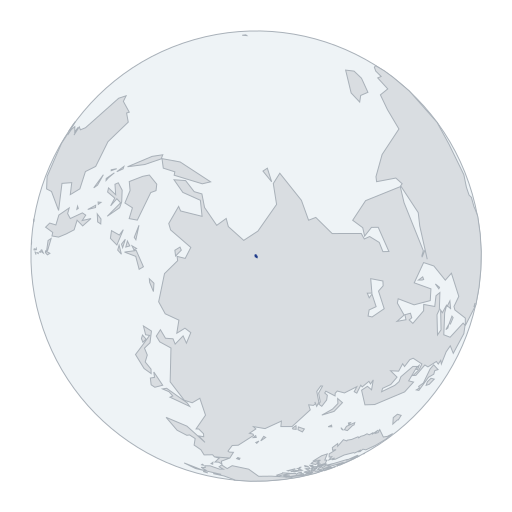 globe centered on Paro, rotated 164°
{"feature_id": "BTN-2436", "entity_name": "Paro", "entity_type": "District", "adm_level": 1, "iso_a3": "BTN", "parent_name": "Bhutan", "parent_adm1": "", "projection": "orthographic", "projection_center": [89.353, 27.467], "detail": "fine", "context": "on_globe", "style": "filled", "palette": "blue", "viewbox_px": 512, "rotation_deg": 164, "n_neighbors": 0, "source": "natural_earth", "source_scale": "10m", "svg_char_len": 11219}
<svg xmlns="http://www.w3.org/2000/svg" viewBox="0 0 512 512"><g transform="rotate(164 256 256)"><circle cx="256" cy="256" r="225" fill="#eef3f6" stroke="#a8b0b8"/><path d="M339.2,46.7L337.8,46.4L347.4,53.4L357.1,58.6L349.7,55.7L372.6,68.3L382.1,76.9L367.3,65.6L362.6,63.3L367.0,68.0L363.1,66.7L363.0,68.5L357.9,66.9L349.7,61.1L346.2,60.1L349.6,63.5L346.6,64.6L342.3,59.6L336.7,61.0L321.8,53.1L314.2,43.5L301.8,40.1L283.1,33.5L280.7,33.8L272.1,32.3L266.1,32.3L264.3,31.7L261.0,32.3L263.8,32.9L263.3,33.5L260.0,33.7L257.2,32.7L258.4,32.5L255.9,32.4L255.9,31.9L254.0,32.3L251.0,31.5L249.1,32.7L242.6,32.5L241.9,32.0L248.4,31.4L258.8,30.7L275.3,31.5L291.6,33.6L307.8,36.8L323.7,41.1L339.2,46.7ZM232.8,31.9L233.3,31.9L225.9,32.8L216.8,34.2L216.6,34.2L232.8,31.9ZM207.4,36.0L207.0,36.1L205.7,36.4L207.4,36.0ZM364.9,63.0L362.1,60.7L366.2,63.4L364.9,63.0ZM363.8,69.1L365.9,70.3L365.0,70.7L363.8,69.1ZM236.0,31.6L235.2,31.7L235.3,31.7L236.0,31.6ZM243.4,31.1L243.9,31.0L242.8,31.1L240.4,31.3L241.8,31.2L243.4,31.1ZM356.4,68.8L354.3,69.6L355.0,67.8L356.4,68.8ZM237.8,31.5L246.9,30.9L250.0,30.8L248.3,31.2L237.8,31.5ZM352.2,69.3L347.2,71.8L351.3,74.4L336.9,69.0L345.9,68.3L346.1,65.5L348.7,68.1L352.2,69.3ZM266.1,33.0L263.0,32.3L268.6,32.8L266.1,33.0ZM269.8,33.2L287.8,34.9L290.7,36.4L284.1,35.3L290.3,37.6L282.9,37.4L277.8,36.1L277.4,35.1L274.9,35.9L269.8,33.2ZM329.7,66.0L327.3,65.9L328.2,64.9L329.7,66.0ZM263.5,33.8L266.9,33.8L269.6,35.0L263.4,35.2L264.5,34.7L263.5,33.8ZM295.5,38.4L296.5,39.6L290.7,39.8L290.3,40.3L282.9,37.6L295.5,38.4ZM262.2,34.6L260.1,35.4L255.8,35.1L260.4,33.9L262.2,34.6ZM273.0,35.3L274.0,36.0L271.4,35.6L273.0,35.3ZM239.5,35.3L243.4,34.9L245.2,35.4L239.5,35.3ZM259.7,35.7L261.2,35.9L262.3,36.1L260.1,36.7L259.7,35.7ZM279.4,38.0L276.8,38.0L282.1,39.1L278.1,39.6L273.9,37.8L273.9,38.8L272.7,38.9L270.7,37.3L279.4,38.0ZM261.3,38.2L254.6,36.6L246.8,37.0L245.0,36.4L257.8,35.9L261.3,38.2ZM267.0,37.8L263.1,37.8L262.8,36.9L265.3,36.3L267.0,37.8ZM276.8,40.7L284.1,40.4L284.8,40.9L276.8,40.7ZM259.1,38.4L260.8,38.8L258.6,38.5L259.1,38.4ZM271.4,40.1L273.9,39.8L274.6,40.3L271.4,40.1ZM262.0,40.0L259.9,39.4L261.5,38.9L262.0,40.0ZM266.4,40.2L266.7,40.9L263.4,39.1L267.4,40.0L266.4,40.2ZM271.7,40.6L272.9,40.8L270.5,40.6L271.7,40.6ZM257.1,42.7L252.5,40.4L256.1,39.1L260.1,41.4L257.1,42.7ZM58.1,148.4L74.0,131.4L71.9,138.6L79.7,149.3L79.6,152.9L72.2,161.3L72.9,185.6L80.7,180.6L87.8,197.4L96.7,203.5L111.3,186.6L96.9,176.2L100.8,165.1L117.5,165.5L131.1,175.7L133.1,171.8L129.9,158.4L138.5,154.3L129.4,153.4L129.0,158.5L123.3,158.4L123.3,153.7L126.4,152.3L123.8,148.0L110.0,157.1L108.1,163.2L98.1,158.2L93.9,168.2L89.3,170.2L94.5,154.0L98.2,149.7L103.3,130.1L98.5,134.0L93.4,153.1L92.5,150.1L86.0,156.6L90.3,149.4L97.2,128.5L91.8,124.4L75.4,134.4L74.2,131.7L77.6,124.1L93.2,108.1L94.0,116.1L99.6,111.5L107.6,101.1L107.2,104.8L110.6,101.9L111.7,104.9L121.3,102.0L123.7,104.7L135.2,97.2L138.0,97.8L130.4,101.9L126.3,106.5L133.1,114.4L136.7,114.0L143.7,108.8L144.7,112.0L150.6,106.0L158.3,108.6L153.8,100.7L161.9,95.3L170.8,93.9L172.7,90.9L158.2,93.4L153.1,95.8L150.0,100.0L135.6,106.6L131.5,105.4L143.7,93.9L139.3,91.4L150.6,84.4L182.9,80.5L192.3,82.9L191.5,97.9L184.8,100.0L181.8,95.5L177.4,104.6L181.2,101.4L182.0,104.4L190.0,100.9L190.9,102.9L196.9,96.4L199.0,98.5L195.1,102.6L208.7,100.0L215.1,103.8L217.7,102.3L218.6,99.7L226.1,106.8L227.7,105.4L225.8,102.5L227.8,98.1L234.2,93.4L236.4,96.1L234.4,98.1L233.6,107.0L227.9,112.6L229.5,113.3L234.9,109.1L235.9,98.2L239.1,94.7L239.6,99.5L239.7,97.5L242.0,96.6L246.4,98.4L246.3,93.1L268.4,82.1L279.1,85.2L277.1,90.3L294.9,87.6L305.5,92.7L303.8,89.8L311.2,87.4L308.0,85.7L307.7,84.2L325.2,79.0L331.1,80.4L336.7,76.2L335.8,74.9L331.8,73.5L336.9,69.0L351.3,74.4L352.5,76.9L360.7,79.1L362.4,85.0L367.6,91.3L364.8,97.3L369.2,102.3L371.9,102.7L379.9,110.3L386.9,125.7L369.3,111.5L356.4,90.9L360.6,98.8L356.1,96.7L355.4,99.6L358.7,105.5L361.3,106.3L348.4,116.9L349.2,134.7L357.8,132.5L364.7,137.1L373.2,158.7L363.1,191.0L372.2,200.0L373.9,206.5L368.2,211.5L365.7,201.9L358.6,199.3L358.0,193.6L348.1,199.3L346.9,191.4L339.8,200.3L344.2,206.2L353.4,203.6L347.8,215.6L359.2,225.5L362.2,238.8L348.8,264.3L332.6,273.1L332.0,277.4L324.7,273.2L316.3,282.2L330.9,304.6L330.9,311.3L316.7,325.0L316.1,320.1L296.9,309.0L294.1,324.9L308.8,337.3L313.8,351.9L302.9,347.9L297.7,334.9L290.9,330.6L292.1,316.8L285.3,296.3L274.3,300.3L274.5,291.9L263.5,274.4L247.3,279.4L222.0,299.9L219.4,320.9L210.3,329.0L197.0,297.0L195.6,275.9L187.9,276.6L176.6,256.6L148.6,248.6L147.2,242.5L141.4,243.4L133.8,235.1L132.8,225.2L127.0,223.7L130.6,249.9L137.1,251.7L146.1,245.2L145.6,253.8L153.2,263.7L135.4,279.0L98.2,282.9L99.0,266.5L93.7,214.9L96.4,210.7L96.5,210.2L96.7,209.1L91.7,215.5L92.3,205.7L90.3,239.8L88.1,253.0L97.6,283.6L95.6,285.2L100.1,292.4L119.6,294.2L118.8,299.2L106.8,318.8L83.6,338.7L89.3,360.5L92.0,376.6L83.3,380.3L89.9,393.6L86.2,394.1L89.9,400.7L90.2,404.8L88.6,406.0L81.5,398.5L75.1,390.2L74.6,389.5L63.1,372.3L45.1,334.5L42.5,322.8L39.7,310.4L33.8,276.9L34.8,264.1L34.4,255.8L32.8,253.0L32.9,243.1L32.4,240.2L31.9,233.0L34.4,215.3L38.3,197.9L43.6,180.9L50.2,164.4L58.1,148.4ZM60.6,146.9L58.4,150.4L60.6,146.9ZM140.9,197.0L152.0,202.6L154.8,188.4L159.3,189.6L158.7,184.6L155.0,187.4L154.5,174.2L162.1,173.0L164.8,167.4L161.2,165.4L147.3,170.0L147.9,188.5L142.0,192.3L140.9,197.0ZM128.1,84.8L125.9,87.9L121.5,90.2L118.6,88.5L124.9,84.9L128.1,84.8ZM123.6,91.9L136.5,81.9L138.8,83.1L135.3,84.0L135.6,85.8L130.1,87.8L119.7,99.5L115.2,102.4L112.3,96.6L115.7,96.6L117.7,93.4L123.6,91.9ZM165.2,59.5L170.8,56.7L168.6,62.8L163.7,64.9L160.4,62.8L164.4,59.2L165.2,59.5ZM233.0,33.0L235.3,32.6L236.1,32.7L234.8,33.1L233.0,33.0ZM241.2,35.1L223.9,35.3L225.6,34.7L213.4,36.4L213.2,35.6L221.1,34.4L211.8,35.4L218.9,34.1L212.1,35.1L229.7,32.6L235.7,31.9L229.1,32.8L229.1,33.5L230.9,33.5L240.5,33.4L253.4,32.9L255.5,33.9L253.5,34.9L250.7,35.2L250.3,34.3L246.9,35.3L244.1,34.3L241.2,35.1ZM229.2,53.2L229.9,50.6L222.6,55.3L219.7,53.2L219.1,53.8L214.5,53.3L207.7,54.1L207.4,52.9L204.9,53.8L201.8,53.7L198.3,54.5L196.4,52.9L191.9,54.0L193.6,52.6L186.4,55.0L190.9,52.6L187.3,52.6L184.9,55.0L183.5,46.9L179.4,46.4L173.5,47.6L182.0,44.0L193.0,41.1L203.8,39.4L206.5,40.8L209.9,39.3L212.2,39.7L208.6,40.7L215.5,39.4L216.4,40.1L226.1,40.4L235.5,38.8L239.3,39.2L236.1,40.2L242.1,39.9L238.5,42.2L241.1,42.6L240.2,45.6L232.4,47.8L236.0,48.2L235.4,50.8L229.2,53.2ZM256.5,43.5L247.9,45.9L242.1,46.1L246.1,40.9L244.2,40.2L246.6,37.5L254.9,37.4L253.5,38.1L254.0,38.8L251.2,38.5L253.9,39.3L252.0,40.4L253.5,41.4L250.3,41.9L256.5,43.5ZM83.5,151.3L84.1,153.2L86.0,155.0L82.0,159.4L83.5,151.3ZM87.9,137.0L89.0,137.7L84.2,144.2L83.5,142.4L87.9,137.0ZM93.8,132.9L89.5,137.2L91.4,133.9L93.8,132.9ZM131.9,102.4L133.6,103.1L132.2,104.6L129.3,105.9L131.9,102.4ZM207.0,68.6L208.3,66.6L209.8,66.5L216.3,63.0L218.9,64.6L216.0,67.3L207.0,68.6ZM106.5,188.1L101.5,190.0L101.3,187.2L103.0,187.1L106.5,188.1ZM89.3,174.1L91.3,179.7L88.2,175.3L89.3,174.1ZM211.0,69.8L213.3,68.0L213.2,70.0L211.0,69.8ZM221.2,65.6L221.7,67.6L220.0,64.4L221.2,65.6ZM204.1,470.4L208.4,472.0L204.8,471.4L204.1,470.4ZM119.6,386.5L118.6,410.0L110.8,406.7L105.6,397.8L103.3,382.5L111.1,381.5L113.9,375.4L119.6,386.5ZM365.8,378.3L371.7,377.9L371.4,378.8L365.8,378.3ZM359.7,376.4L366.6,375.4L358.3,378.5L359.7,376.4ZM369.2,375.0L376.2,371.9L379.3,369.9L378.6,371.8L369.2,375.0ZM354.9,377.2L328.4,380.4L317.7,379.0L320.4,375.5L337.7,374.6L354.9,377.2ZM319.5,375.5L303.0,367.3L279.2,339.8L287.7,340.2L312.4,356.2L310.8,359.3L320.9,366.0L319.5,375.5ZM359.0,353.6L357.3,362.5L342.8,363.8L336.2,363.2L331.6,352.4L334.1,346.4L339.7,346.0L360.2,323.2L367.6,326.9L361.5,336.4L367.4,343.1L359.0,353.6ZM220.5,323.0L225.9,335.7L220.9,337.3L220.5,323.0ZM367.9,307.5L360.0,317.8L367.0,304.7L367.9,307.5ZM371.6,295.4L372.4,300.0L368.7,296.1L371.6,295.4ZM332.4,283.9L326.6,285.5L326.2,282.2L333.3,278.2L332.4,283.9ZM364.4,250.1L365.5,260.0L364.8,263.5L361.6,258.0L364.4,250.1ZM236.6,84.9L224.7,87.7L217.9,91.6L216.8,96.5L213.3,91.2L223.8,85.1L236.6,84.9ZM264.3,81.9L265.2,78.3L268.2,79.5L268.4,80.5L264.3,81.9ZM262.4,80.0L257.2,76.4L259.9,74.1L263.5,77.4L262.4,80.0ZM233.7,72.0L230.0,72.6L230.2,70.9L233.7,72.0ZM392.5,435.1L396.6,431.1L401.9,427.3L396.1,432.4L392.5,435.1ZM384.5,426.3L344.5,445.5L336.7,445.8L340.9,441.2L338.2,429.2L341.0,429.1L341.9,419.9L366.8,406.7L385.4,386.3L396.7,384.2L406.8,369.1L417.6,366.2L412.9,377.3L422.5,379.3L433.2,354.2L434.8,374.4L438.8,378.2L434.9,390.0L411.9,417.9L402.7,425.9L402.8,425.0L398.5,428.6L394.5,430.3L396.0,425.3L391.6,428.7L397.6,422.4L390.3,428.9L390.0,425.7L384.5,426.3ZM460.0,350.5L460.5,350.0L459.9,351.8L459.2,353.0L460.0,350.5ZM467.8,331.7L467.7,332.5L467.3,333.5L467.8,331.7ZM467.7,331.7L468.7,328.8L468.0,331.2L467.7,331.7ZM466.9,324.5L467.6,322.6L467.7,323.3L466.9,324.5ZM380.3,376.2L388.8,367.8L393.2,366.2L380.3,376.2ZM466.5,322.8L465.1,324.0L465.4,322.6L466.5,322.8ZM467.0,319.7L467.1,318.0L467.3,321.3L467.0,319.7ZM464.6,318.4L466.1,319.9L464.4,319.0L464.6,318.4ZM463.4,319.9L462.1,319.6L462.3,319.0L463.4,319.9ZM444.9,334.7L450.3,341.7L445.2,344.5L439.8,341.0L434.2,349.7L422.3,353.7L425.4,348.7L424.2,343.2L411.0,345.3L408.4,342.2L413.3,338.0L404.3,337.5L414.3,332.7L418.1,339.7L423.6,331.3L432.5,329.5L440.6,328.6L446.6,331.5L444.9,334.7ZM413.7,350.7L415.4,350.2L413.8,353.1L413.7,350.7ZM459.6,317.4L461.5,319.7L461.2,320.8L460.2,321.0L459.6,317.4ZM448.1,329.3L454.7,318.9L456.1,318.1L451.6,328.2L448.1,329.3ZM453.4,315.4L456.2,314.6L457.5,317.4L456.9,318.9L453.4,315.4ZM393.4,349.1L392.9,351.4L390.2,350.3L393.4,349.1ZM396.9,346.8L404.9,347.1L396.1,349.0L396.9,346.8ZM371.5,344.4L374.0,349.4L381.9,344.3L375.8,350.6L381.0,358.4L379.0,362.1L374.0,353.6L371.8,363.8L368.2,364.3L366.5,356.2L370.2,345.0L373.8,340.0L388.0,335.2L371.5,344.4ZM397.0,340.2L394.8,334.3L396.4,329.6L398.8,332.4L397.0,340.2ZM387.9,320.2L381.6,313.8L376.3,317.9L386.7,304.9L391.1,313.1L387.9,320.2ZM382.0,304.5L377.0,308.1L381.9,300.8L382.0,304.5ZM375.5,305.8L374.5,300.5L378.7,300.5L375.5,305.8ZM384.6,304.2L384.9,294.8L387.3,299.8L384.6,304.2ZM371.7,288.8L381.3,296.0L369.6,294.3L367.2,276.7L372.0,275.4L371.7,288.8ZM386.9,211.3L384.6,206.4L388.5,204.3L388.9,208.2L386.9,211.3ZM399.0,194.5L388.8,202.2L380.2,209.0L383.8,210.7L383.5,219.8L377.2,212.7L381.8,201.8L388.6,198.2L387.8,190.8L391.7,184.7L388.1,176.2L389.2,171.9L394.6,178.7L399.0,194.5ZM386.2,172.7L381.3,157.5L389.4,157.7L392.3,161.1L391.2,167.8L387.0,167.3L386.2,172.7ZM382.5,154.0L378.4,153.5L362.6,133.7L361.2,129.7L377.6,144.0L374.6,144.4L377.0,149.5L382.5,154.0ZM329.0,67.3L327.4,66.1L330.0,66.8L329.0,67.3ZM305.8,83.4L305.8,81.5L308.8,82.2L305.8,83.4ZM307.6,76.8L304.2,77.3L306.9,75.7L307.6,76.8ZM296.7,78.9L302.4,77.0L298.3,80.5L296.7,78.9Z" fill="#d9dde1" stroke="#a8b0b8" stroke-width="1"/><path d="M255.2,255.4L255.3,255.2L255.5,255.0L255.5,254.9L255.7,255.0L255.8,255.0L256.0,255.0L256.0,254.9L256.1,255.0L256.1,255.3L256.3,255.5L256.5,255.6L256.4,255.7L256.4,255.8L256.4,256.0L256.5,256.2L256.5,256.3L256.6,256.5L256.6,256.8L256.5,257.0L256.4,257.1L256.2,257.0L255.9,257.0L255.9,256.9L255.9,256.7L256.0,256.7L255.9,256.4L255.8,256.2L255.7,256.1L255.6,255.9L255.5,255.6L255.4,255.6L255.2,255.4L255.2,255.4Z" fill="#3b82f6" stroke="#1e3a8a" stroke-width="1.5"/></g></svg>